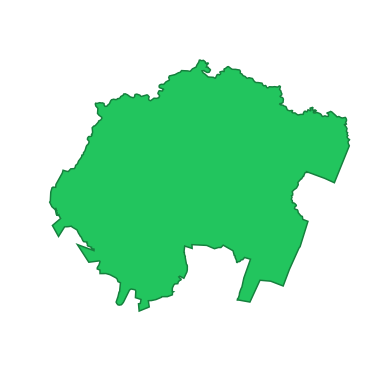 outline of Cuerámaro, Guanajuato, Mexico, rotated 289°
{"feature_id": "50627088B14851817270077", "entity_name": "Cuerámaro", "entity_type": "district", "adm_level": 2, "iso_a3": "MEX", "parent_name": "Mexico", "parent_adm1": "Guanajuato", "projection": "robinson", "projection_center": [-101.651, 20.615], "detail": "fine", "context": "isolated", "style": "filled", "palette": "green", "viewbox_px": 384, "rotation_deg": 289, "n_neighbors": 0, "source": "geoboundaries", "source_scale": "gbopen_adm2", "svg_char_len": 6020}
<svg xmlns="http://www.w3.org/2000/svg" viewBox="0 0 384 384"><g transform="rotate(289 192 192)"><path d="M62.2,180.8L69.4,189.0L75.0,186.1L76.2,189.1L78.6,193.0L82.6,197.5L83.2,197.5L85.1,202.9L88.4,206.9L90.8,206.2L91.7,207.0L91.7,205.6L95.0,204.7L98.4,205.1L99.4,205.6L100.7,208.4L102.6,208.3L104.6,209.3L105.0,210.0L105.5,210.1L106.1,210.1L106.7,208.2L107.4,207.1L108.4,207.8L107.8,212.4L114.8,213.2L116.9,212.9L120.5,211.7L121.5,211.0L122.0,210.2L128.3,206.7L128.8,206.7L130.7,205.1L132.5,204.4L132.4,204.0L138.5,202.7L138.7,210.5L142.2,209.1L146.3,223.3L145.7,231.7L148.2,235.2L148.9,237.4L151.9,238.8L149.8,249.9L145.6,252.7L145.4,253.8L144.1,254.1L142.1,256.1L140.1,257.1L140.0,257.6L141.2,258.3L141.4,259.2L142.5,260.2L143.5,260.4L144.5,261.5L144.5,262.0L147.2,263.0L147.5,269.2L127.7,269.0L118.5,270.1L116.0,269.8L112.0,269.8L109.8,270.3L107.0,270.3L105.6,269.8L104.6,270.0L105.1,271.6L106.8,282.6L130.7,285.0L133.3,295.4L132.8,308.8L150.6,309.3L173.7,311.4L175.5,312.0L202.0,311.2L202.2,305.7L204.8,304.3L204.9,302.7L207.1,299.1L208.5,298.4L209.3,297.6L209.5,297.1L209.3,295.3L209.8,294.3L211.6,294.2L212.9,295.1L213.5,294.9L214.5,293.1L214.8,291.8L214.5,290.6L214.7,290.2L215.3,290.2L216.7,289.5L217.1,288.5L218.1,288.2L219.5,288.3L220.9,287.3L221.9,288.2L223.7,287.6L224.8,286.6L227.1,287.6L229.8,289.5L233.2,290.1L233.8,290.0L235.4,289.0L239.9,290.8L240.0,291.3L243.1,292.0L243.2,292.4L246.4,292.5L247.4,292.9L248.1,294.7L248.5,294.3L248.1,313.1L247.1,323.6L286.9,325.7L288.7,324.0L290.1,323.2L291.2,323.3L292.4,323.9L292.8,323.9L293.3,322.0L294.5,320.7L295.1,320.6L296.1,321.1L297.0,319.8L298.8,319.8L299.1,318.7L299.7,318.2L302.5,317.9L304.0,316.2L305.2,314.2L305.8,314.5L305.9,315.4L306.5,315.9L308.0,314.5L309.6,314.9L311.1,314.3L312.3,313.0L312.4,312.6L311.0,310.3L310.8,308.7L311.2,306.3L310.3,304.8L310.3,304.3L311.0,303.3L313.2,298.1L313.3,296.8L312.2,295.8L310.8,294.0L310.3,294.2L310.1,295.6L309.6,296.0L307.9,296.2L307.3,295.0L307.3,292.9L306.0,291.2L305.9,290.6L307.4,288.7L307.8,287.5L307.9,284.2L306.7,282.5L306.5,281.1L307.1,280.7L307.8,280.9L308.5,282.5L309.3,282.9L309.7,281.9L308.8,279.6L308.9,279.2L309.9,278.7L310.9,279.0L311.2,278.4L309.8,276.4L309.1,276.6L308.0,277.7L307.5,277.7L307.3,276.9L307.5,274.9L305.3,274.6L305.1,273.8L305.3,272.8L304.8,272.0L303.4,271.7L301.6,271.8L300.7,269.4L299.4,267.3L299.5,266.1L300.3,263.7L299.7,261.9L299.7,261.0L300.2,260.4L301.4,260.7L301.7,260.5L301.5,259.5L300.6,258.1L300.5,256.0L300.8,255.2L303.0,253.4L303.3,252.8L303.3,250.8L303.7,249.7L303.3,247.3L303.7,246.3L304.2,246.4L304.8,247.7L306.3,248.9L309.5,248.2L310.4,247.4L310.8,246.1L310.7,244.7L311.1,244.2L311.8,244.3L313.0,245.2L314.1,245.0L315.2,243.9L316.5,243.1L317.5,241.4L320.3,241.3L320.7,240.7L320.7,240.0L319.1,238.9L318.5,235.8L317.6,234.0L316.7,230.9L315.4,230.1L315.0,229.3L315.3,228.4L316.3,227.6L316.6,226.8L315.8,225.3L316.0,224.5L317.7,222.7L317.0,218.8L316.4,217.1L316.4,216.1L317.3,214.2L319.0,212.2L318.6,208.7L317.7,207.6L317.5,206.6L318.5,204.7L318.6,202.4L319.8,200.8L320.1,198.9L321.9,198.4L322.8,197.3L322.2,193.5L321.2,190.4L321.2,189.4L322.4,185.7L322.0,184.8L319.6,183.3L319.0,182.5L318.5,182.3L316.8,183.1L316.3,183.0L316.2,181.7L314.7,179.4L314.3,179.4L313.5,180.4L312.7,180.5L311.7,179.8L311.7,178.3L310.9,177.5L307.3,177.1L307.1,176.4L307.4,174.9L306.0,169.9L307.8,165.6L308.2,163.8L309.8,162.0L310.8,163.9L310.5,164.3L309.9,167.2L310.3,168.4L311.0,169.3L313.4,169.7L314.1,168.7L314.5,167.1L315.1,166.9L314.9,164.9L315.6,165.2L317.4,164.5L318.2,165.4L319.0,165.5L319.2,165.0L318.2,162.9L319.4,162.1L320.2,160.0L319.3,158.3L319.2,157.5L319.4,156.6L319.0,156.0L316.9,156.1L313.6,155.3L311.5,155.2L308.6,152.3L305.7,151.1L305.4,150.6L305.1,148.5L303.4,142.6L301.4,141.9L300.3,140.3L297.4,137.6L294.4,132.9L292.7,132.7L290.9,134.1L290.4,134.1L287.6,131.5L285.2,130.5L284.4,129.9L283.8,127.8L282.5,126.5L281.8,126.4L280.6,126.7L280.1,127.4L280.0,131.5L279.8,131.7L278.8,131.1L278.0,131.2L277.7,130.8L277.2,128.3L276.9,127.9L275.0,127.6L273.9,127.8L272.8,129.7L272.2,130.1L270.3,129.8L269.0,128.1L268.3,125.5L264.9,123.2L264.8,121.9L265.3,121.0L266.5,120.5L268.0,120.5L269.1,118.7L269.2,117.8L265.9,113.1L265.9,112.3L266.6,111.2L266.6,108.0L265.7,106.5L265.0,106.4L263.4,106.7L262.3,106.1L262.0,105.6L261.8,102.8L262.9,99.4L263.1,97.0L262.4,95.5L261.1,95.4L259.0,93.5L257.8,93.4L256.7,92.6L256.0,91.2L255.0,90.8L254.4,89.4L254.2,87.7L253.0,85.9L251.6,85.4L248.5,85.2L247.5,84.4L245.3,83.5L244.7,81.9L244.9,81.4L245.7,80.6L247.0,80.0L247.1,78.3L246.7,77.5L246.4,75.6L244.9,73.5L244.6,72.0L243.8,71.9L242.0,73.0L240.4,75.8L235.5,77.1L234.3,79.1L233.3,82.3L232.3,82.8L230.3,82.2L228.7,80.6L227.6,80.7L223.8,79.1L222.7,78.4L222.3,77.6L220.2,76.7L216.3,78.5L215.5,78.7L213.6,78.3L213.4,78.9L213.2,78.9L211.9,78.7L210.7,76.2L209.0,75.7L207.7,76.0L206.4,78.1L205.7,78.5L203.2,78.2L201.9,77.4L200.7,77.2L196.2,77.4L193.6,76.6L192.3,77.1L191.8,76.9L190.9,75.8L190.0,76.2L188.5,76.0L184.2,74.6L181.5,74.6L179.3,73.3L177.2,73.5L175.9,73.2L174.4,69.8L171.1,68.4L170.7,66.2L170.6,63.0L167.8,63.2L154.9,60.9L152.0,61.6L151.4,59.1L151.0,59.2L150.5,58.3L145.9,58.5L137.2,61.0L136.1,60.7L132.5,64.3L131.0,67.8L132.1,68.6L131.3,69.3L130.5,69.0L130.1,71.0L130.2,68.9L127.1,70.8L127.9,71.4L126.0,71.8L126.4,73.1L127.1,73.5L126.3,74.0L124.2,76.4L114.9,70.9L106.5,80.3L117.6,82.9L118.9,86.2L120.4,89.1L119.9,89.9L118.7,95.6L116.1,98.1L114.1,100.6L113.6,101.0L113.4,101.9L110.6,104.5L109.8,105.7L110.4,109.0L109.5,109.1L109.1,110.0L107.7,110.3L107.1,110.9L107.0,115.0L106.3,114.9L105.8,115.4L106.1,118.0L104.6,118.4L105.0,100.7L92.0,117.3L96.6,126.6L96.6,127.3L96.2,127.7L92.8,127.8L89.8,127.1L88.4,127.4L88.2,130.4L84.9,131.6L86.9,137.2L87.1,141.4L86.1,147.9L85.4,149.5L83.2,151.2L82.9,153.9L74.2,156.0L73.7,155.6L68.9,156.1L63.2,156.1L62.2,157.1L61.2,158.8L61.4,160.1L62.3,161.8L63.6,162.5L65.6,163.1L78.7,164.8L79.7,165.3L80.5,166.2L81.0,169.9L80.5,170.7L79.7,171.2L73.7,172.9L73.8,178.8L69.8,179.4L68.9,177.8L62.2,180.8Z" fill="#22c55e" stroke="#15803d" stroke-width="1.5"/></g></svg>